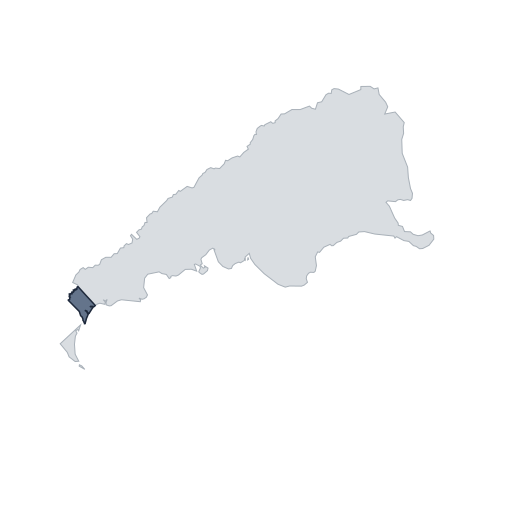 Güer Aike, Santa Cruz, Argentina (highlighted), rotated 46°
{"feature_id": "61730980B56904104065194", "entity_name": "Güer Aike", "entity_type": "district", "adm_level": 2, "iso_a3": "ARG", "parent_name": "Argentina", "parent_adm1": "Santa Cruz", "projection": "albers", "projection_center": [-69.615, -51.54], "detail": "fine", "context": "in_parent", "style": "filled", "palette": "slate", "viewbox_px": 512, "rotation_deg": 46, "n_neighbors": 0, "source": "geoboundaries", "source_scale": "gbopen_adm2", "svg_char_len": 6918}
<svg xmlns="http://www.w3.org/2000/svg" viewBox="0 0 512 512"><g transform="rotate(46 256 256)"><path d="M313.8,161.0L310.1,165.4L310.2,168.7L306.3,175.8L306.8,177.5L304.0,180.7L304.1,184.8L302.4,188.4L302.2,193.2L301.1,194.5L299.1,194.6L296.8,201.1L297.5,207.8L295.9,208.8L297.7,213.9L304.9,219.2L308.1,224.0L308.0,225.8L305.5,228.1L304.9,230.2L305.5,233.4L307.2,235.6L310.7,237.3L310.4,241.6L309.3,244.2L300.9,252.7L298.7,256.6L291.6,259.8L274.4,262.4L261.3,262.7L254.0,261.5L249.4,259.0L249.2,264.5L251.4,266.4L250.2,266.3L251.1,267.4L250.1,271.9L248.5,272.6L247.0,276.2L246.7,279.5L247.9,282.3L246.2,284.8L240.5,287.1L234.0,287.1L222.4,281.9L222.9,281.3L222.3,281.0L220.3,281.7L219.3,285.4L220.2,291.2L219.5,296.3L220.1,297.9L224.2,300.1L223.8,302.1L225.2,302.5L228.2,302.2L228.7,300.6L227.2,299.9L231.4,298.9L232.8,301.1L232.5,306.3L231.7,307.6L228.4,308.3L227.5,308.0L226.0,304.3L224.5,303.4L219.8,305.0L219.2,306.2L225.7,309.2L220.6,311.7L216.5,316.2L215.8,325.1L214.8,327.5L212.1,329.7L211.5,331.4L212.4,332.4L211.9,334.1L207.0,333.3L203.3,335.9L200.1,336.7L193.9,346.5L194.6,351.5L200.7,358.8L208.6,361.1L209.5,363.5L209.0,366.3L208.0,368.0L205.0,369.4L207.5,369.5L208.5,371.0L194.0,383.2L192.1,386.9L191.1,394.7L190.0,396.2L187.1,397.7L185.3,396.1L183.8,393.2L183.9,395.5L181.3,396.3L184.4,396.4L185.8,398.3L181.5,401.1L180.3,403.7L179.8,407.2L178.1,409.3L179.4,408.9L180.5,415.9L177.3,416.4L181.2,417.6L185.6,425.6L185.2,426.2L185.0,425.4L173.4,421.7L157.7,421.5L157.8,420.4L154.1,416.2L154.8,413.1L154.1,410.6L154.8,408.2L154.2,405.3L152.8,404.4L147.7,406.3L144.5,398.7L144.5,394.5L143.5,391.9L144.3,388.4L147.0,388.1L147.6,384.4L151.0,381.5L150.9,378.0L153.0,376.0L153.4,374.2L151.3,369.8L152.6,364.9L156.3,361.1L155.8,356.5L157.9,354.1L156.1,348.0L158.2,345.3L157.1,343.9L157.1,340.6L159.2,339.7L160.5,336.1L158.2,333.0L154.2,332.2L153.9,330.5L161.2,330.2L162.0,327.6L161.5,326.1L156.0,325.5L155.9,322.0L157.1,319.8L156.0,317.6L156.3,315.5L154.8,312.5L156.2,311.1L152.4,308.1L152.2,302.9L153.0,301.6L152.4,298.8L155.7,296.2L154.1,291.2L154.1,281.8L153.5,279.3L155.5,275.3L154.4,272.8L155.9,270.8L155.2,266.0L156.9,265.6L158.1,257.2L162.6,254.7L163.5,253.0L160.2,242.6L160.4,238.7L159.7,236.9L160.5,234.6L159.7,231.2L161.0,227.2L164.2,225.6L164.5,224.2L167.8,221.4L167.6,214.8L166.0,211.4L167.8,210.2L168.8,205.1L171.3,199.8L173.5,198.8L173.0,192.8L173.8,187.3L170.9,186.3L171.6,182.4L170.5,181.5L169.9,177.4L167.9,173.8L167.8,172.2L168.9,171.2L166.7,169.8L165.1,166.5L165.4,163.4L165.8,161.4L168.2,159.8L167.7,158.4L169.7,152.1L172.2,151.8L173.4,149.6L172.1,148.4L172.5,144.7L171.3,139.3L173.6,136.7L175.6,128.4L181.3,122.6L185.3,113.4L188.4,113.3L191.7,111.3L188.5,105.3L190.7,101.6L188.6,93.6L189.3,90.7L191.3,89.0L189.1,86.0L189.8,83.6L193.1,80.8L204.4,76.9L209.1,65.0L206.9,62.8L213.3,56.0L217.8,55.0L219.8,51.5L225.4,55.2L235.4,55.9L240.2,57.6L243.3,64.8L249.1,55.9L263.0,56.7L265.4,60.4L270.3,64.6L273.4,70.2L283.7,79.5L297.4,85.2L305.4,91.9L314.8,98.0L319.6,99.9L322.9,103.7L323.4,106.3L320.8,107.8L318.6,111.2L315.6,112.8L314.1,115.0L313.8,117.9L307.8,123.0L307.7,125.2L312.9,125.5L325.0,129.9L331.0,130.9L332.8,132.3L336.5,130.1L341.6,132.2L345.9,128.1L349.5,127.9L353.9,125.4L356.4,121.8L358.9,113.4L360.9,114.4L364.6,114.0L367.4,116.4L368.5,124.1L366.4,130.9L364.4,133.3L360.3,134.1L357.9,135.6L351.7,135.9L347.7,138.9L339.7,141.5L339.7,143.6L337.4,143.0L322.7,155.3L313.8,161.0ZM183.1,457.8L183.7,430.0L186.6,435.5L185.1,435.1L184.6,437.7L187.1,438.3L188.2,441.6L193.4,447.9L201.0,454.3L208.6,456.6L206.3,459.4L198.7,460.5L194.3,458.7L183.1,457.8ZM211.6,458.6L214.0,457.7L218.6,457.9L212.4,459.7L211.6,458.6ZM253.2,263.6L253.0,264.7L251.4,262.7L253.2,263.6Z" fill="#d9dde1" stroke="#a8b0b8" stroke-width="1"/><path d="M167.8,405.7L160.9,405.5L154.5,405.3L154.5,405.6L154.4,405.7L154.4,405.8L154.2,405.8L154.1,406.0L154.2,406.3L154.3,406.4L154.5,406.6L154.7,406.9L154.7,407.0L154.8,407.1L154.9,407.3L154.9,407.5L155.0,407.7L154.9,407.9L155.0,408.0L155.0,408.3L154.9,408.4L155.0,408.4L154.9,408.5L155.0,408.7L154.9,408.7L154.9,408.8L154.9,409.3L154.9,409.8L154.8,409.7L154.7,409.7L154.4,409.7L154.2,409.7L154.1,410.4L153.9,410.5L153.9,410.9L153.9,411.0L154.0,411.2L154.1,411.3L154.3,411.5L154.2,411.5L154.3,411.6L154.4,411.9L154.5,412.0L154.7,411.9L154.8,412.1L155.1,412.4L155.1,412.5L155.0,412.8L155.0,413.0L154.8,413.0L154.7,413.1L154.6,413.3L154.3,413.4L154.3,413.5L154.2,413.6L154.3,413.7L154.4,413.8L154.5,413.8L154.6,413.7L154.7,413.8L154.7,414.0L154.8,414.0L154.7,414.0L154.8,414.1L154.7,414.2L154.8,414.3L154.7,414.4L154.8,414.5L154.7,414.5L154.6,414.8L154.5,415.1L154.7,415.3L154.5,415.5L154.5,416.0L154.4,416.0L154.2,415.9L154.1,416.0L154.0,416.3L153.9,416.3L153.9,416.6L153.8,416.8L154.0,416.8L154.3,416.9L154.6,416.8L154.8,417.2L154.8,417.3L155.0,417.3L155.0,417.5L155.1,417.8L155.0,418.0L155.2,418.3L155.4,418.2L155.4,418.3L155.5,418.3L155.5,418.2L155.6,418.3L155.8,418.4L155.9,418.5L156.0,418.5L155.9,418.6L156.0,418.7L156.2,418.8L156.3,418.8L156.3,418.7L156.4,418.8L156.5,419.0L156.8,419.1L157.3,419.7L157.5,419.9L157.5,420.0L157.8,420.3L157.9,420.5L157.9,420.8L158.0,420.8L157.9,420.8L157.7,421.0L157.2,421.4L157.2,421.5L157.3,421.6L157.5,421.7L157.8,421.7L157.8,421.8L158.0,421.8L173.1,421.6L177.1,423.6L179.4,423.5L180.3,424.0L181.0,424.2L182.1,425.2L183.1,425.3L184.1,425.6L184.2,425.8L184.6,425.9L185.4,425.9L185.3,426.6L185.2,426.7L185.4,426.6L185.6,426.2L185.9,426.0L185.9,425.8L185.8,425.7L185.3,424.9L184.2,423.1L183.2,421.4L182.8,420.7L182.6,420.1L182.1,418.8L181.5,417.7L181.4,417.5L181.4,417.2L181.1,416.8L181.0,416.7L180.8,416.7L180.7,416.7L180.5,416.8L180.3,417.0L180.1,417.1L180.0,417.3L180.0,417.2L179.9,417.1L180.0,417.1L179.9,417.0L179.0,416.6L178.8,416.6L178.6,416.5L178.4,416.4L177.8,416.5L177.3,416.6L177.2,416.6L176.9,416.6L176.8,416.8L176.6,416.8L176.4,416.8L176.1,416.9L176.6,416.7L176.8,416.5L177.0,416.4L177.3,416.3L177.5,416.2L177.9,416.0L178.2,415.9L178.4,416.0L178.5,416.0L178.9,416.2L179.0,416.3L179.7,416.6L179.9,416.6L180.1,416.5L180.4,416.2L180.5,416.2L180.8,416.1L181.0,416.1L181.1,416.3L181.3,416.2L181.4,415.9L181.3,415.7L181.0,414.6L180.8,413.7L180.7,413.4L180.6,412.9L180.3,411.8L180.3,411.5L180.2,411.3L180.1,411.1L180.0,410.7L179.9,410.0L179.9,409.7L179.8,409.3L179.7,408.9L179.7,408.7L179.4,408.6L179.3,408.8L179.1,408.9L178.9,409.1L178.7,409.2L178.5,409.4L178.3,409.5L178.0,409.8L177.9,410.0L177.7,410.2L177.6,410.3L177.4,410.3L177.4,410.1L177.5,410.1L177.8,410.0L177.9,409.7L178.0,409.6L177.9,409.4L178.1,409.3L178.1,409.2L178.3,409.0L178.4,408.8L178.7,408.7L178.9,408.5L179.0,408.5L179.1,408.4L179.1,408.5L179.2,408.4L179.3,408.3L179.4,408.2L179.6,407.9L179.8,407.7L179.8,407.8L179.7,407.9L179.6,408.0L179.7,407.9L179.9,407.7L180.0,407.4L180.0,407.2L180.0,406.4L179.9,406.0L173.3,405.8L167.8,405.7ZM177.7,410.1L177.4,410.2L177.4,410.3L177.5,410.3L177.6,410.2L177.7,410.1Z" fill="#64748b" stroke="#1e293b" stroke-width="1.5"/></g></svg>